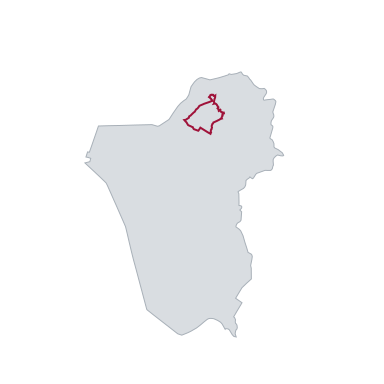 Al-Hatra, Ninawa, Iraq (highlighted), rotated 32°
{"feature_id": "34846034B76064773860715", "entity_name": "Al-Hatra", "entity_type": "district", "adm_level": 2, "iso_a3": "IRQ", "parent_name": "Iraq", "parent_adm1": "Ninawa", "projection": "equal_earth", "projection_center": [42.575, 35.589], "detail": "fine", "context": "in_parent", "style": "outline", "palette": "rose", "viewbox_px": 384, "rotation_deg": 32, "n_neighbors": 0, "source": "geoboundaries", "source_scale": "gbopen_adm2", "svg_char_len": 5942}
<svg xmlns="http://www.w3.org/2000/svg" viewBox="0 0 384 384"><g transform="rotate(32 192 192)"><path d="M160.8,72.1L163.0,71.5L167.1,67.9L169.5,64.5L170.3,64.2L172.4,65.3L173.9,65.6L177.5,64.3L179.6,65.0L181.3,65.8L182.3,65.9L187.1,68.0L188.2,68.3L190.7,68.5L194.3,68.6L196.7,67.3L198.3,65.9L199.5,66.0L200.6,66.3L201.6,66.8L202.4,67.8L202.8,69.2L202.7,73.8L203.0,75.0L203.7,75.8L204.5,76.0L205.5,75.0L207.2,73.6L209.3,72.0L210.9,70.6L211.8,70.0L213.2,70.1L214.6,70.4L215.4,71.1L215.4,71.3L216.2,73.4L218.1,81.3L219.2,82.3L220.4,83.2L221.3,84.4L221.7,85.6L221.6,87.4L221.6,89.6L222.2,91.2L222.9,92.5L223.5,93.1L224.5,93.1L225.7,93.4L226.5,94.7L229.1,103.8L229.4,105.0L230.4,105.3L232.1,105.2L233.9,106.1L235.9,107.6L237.7,110.4L238.9,110.8L242.7,110.4L247.8,110.9L250.3,112.3L250.0,113.2L248.2,114.2L244.9,115.3L244.0,117.3L243.5,119.8L243.6,121.3L244.4,122.8L246.8,126.0L246.9,127.1L247.4,128.7L247.8,129.8L247.4,131.9L245.3,133.3L242.5,134.9L237.0,141.9L236.7,143.4L236.7,147.6L236.2,148.7L234.4,148.7L233.1,148.5L233.0,150.0L232.1,151.9L231.7,153.6L233.8,157.6L234.1,159.7L233.8,161.6L232.0,164.9L230.9,167.2L231.2,167.7L232.6,168.6L237.4,175.9L238.9,178.5L240.8,177.8L241.6,177.8L242.1,178.3L242.5,179.1L242.5,180.2L242.1,181.9L244.6,182.5L245.5,184.2L248.5,189.9L248.4,191.6L247.0,194.4L247.0,196.2L247.4,197.8L247.8,198.3L252.1,198.6L254.0,199.2L258.5,202.1L263.6,206.7L267.9,210.3L271.5,213.5L275.3,213.3L276.3,213.8L277.3,214.8L278.5,217.4L280.7,223.3L282.6,225.2L285.6,229.9L288.4,234.3L286.7,240.3L285.1,246.6L285.2,254.7L285.3,259.0L289.0,259.2L293.1,259.4L293.2,264.6L293.3,269.8L293.5,275.8L294.7,276.0L296.6,277.3L297.5,279.2L298.5,280.3L299.8,280.5L301.0,281.4L302.3,283.1L302.7,284.5L302.4,285.3L302.7,286.9L303.6,289.2L304.7,290.2L306.3,291.5L304.1,292.3L301.8,291.7L296.7,289.1L295.1,289.0L293.0,290.0L292.9,290.9L287.6,288.0L285.6,287.4L285.0,287.3L281.9,287.3L277.6,287.9L275.1,289.1L273.4,290.3L272.6,291.6L272.3,292.2L271.0,295.9L269.5,300.6L267.9,304.9L264.7,310.9L263.0,313.6L259.2,318.8L255.1,319.8L245.5,318.8L234.8,317.7L224.2,316.6L216.3,315.7L215.7,315.4L207.9,308.1L201.7,302.3L194.0,295.1L186.1,287.7L178.1,280.3L172.4,274.8L165.4,267.9L159.0,261.5L154.0,256.6L147.6,252.2L142.6,248.8L135.3,243.8L129.5,239.9L124.5,236.5L116.8,231.3L114.3,229.8L106.3,228.1L98.8,226.6L91.0,225.1L85.8,224.1L89.3,220.4L88.3,217.1L85.8,217.7L83.5,218.5L82.2,213.3L83.9,212.7L82.4,205.9L80.8,199.0L79.3,192.4L77.7,185.6L84.3,181.2L89.3,177.9L96.2,173.4L102.8,169.0L109.1,164.8L116.1,160.2L122.3,156.1L128.0,154.5L129.2,153.2L131.8,147.6L134.0,142.8L134.1,141.7L134.2,134.9L134.6,127.0L135.3,122.8L136.6,119.0L137.8,116.3L137.9,113.8L137.8,111.2L136.6,107.3L135.4,103.2L135.6,99.3L135.8,97.2L136.6,93.9L137.9,91.4L139.4,89.9L144.7,88.3L147.8,87.4L152.1,83.1L154.6,80.5L158.1,76.5L160.6,73.5L160.8,72.5L160.8,72.1Z" fill="#d9dde1" stroke="#a8b0b8" stroke-width="1"/><path d="M147.3,135.0L148.9,135.5L149.7,135.7L150.2,135.8L150.7,136.0L152.2,136.8L153.2,137.3L153.3,137.3L153.6,137.3L156.2,136.9L157.6,136.8L157.9,136.7L158.2,136.6L158.3,136.7L160.1,137.7L160.5,137.7L161.7,137.4L164.0,136.9L164.7,136.8L164.9,136.7L164.9,136.1L165.0,135.2L165.0,134.1L165.0,133.0L166.5,133.0L166.9,133.0L167.1,133.0L167.5,133.0L168.6,133.0L169.0,133.0L169.9,133.0L170.3,133.0L170.7,133.0L173.4,133.0L173.8,133.0L176.8,132.9L176.7,132.5L176.7,132.1L176.6,131.4L176.0,131.2L175.8,130.5L175.4,129.9L175.2,129.5L175.2,129.1L175.3,128.7L175.3,128.3L175.2,128.1L175.0,127.8L174.9,127.7L174.9,126.9L174.7,126.6L174.0,126.0L173.7,125.6L173.6,125.2L173.5,124.8L173.5,124.4L173.4,124.2L173.2,123.8L173.3,123.5L173.3,123.3L173.4,123.1L173.5,122.8L173.3,121.7L173.9,120.9L174.6,119.8L175.6,118.3L176.1,117.4L176.7,116.5L176.9,116.2L176.9,116.3L177.3,115.1L177.7,114.7L177.9,114.5L178.2,114.1L178.4,113.9L178.2,113.8L177.8,113.8L177.7,113.8L177.6,113.1L177.6,112.7L177.6,112.4L177.6,112.2L177.6,111.9L177.5,111.5L177.5,111.3L177.4,111.3L177.2,111.2L177.2,110.8L177.1,110.5L176.9,110.3L176.6,110.0L176.6,109.8L176.6,109.5L176.8,109.4L177.0,109.2L177.5,108.5L177.5,108.4L177.2,108.1L176.8,107.8L176.6,108.0L176.4,108.2L176.2,108.6L176.0,108.8L175.7,108.7L175.4,108.5L175.2,108.5L175.1,108.4L174.9,108.5L174.2,108.6L173.8,108.6L173.7,108.6L173.4,108.4L173.1,108.3L173.0,108.2L172.8,107.8L172.6,107.5L172.6,107.3L172.3,107.2L172.2,107.4L172.2,107.5L172.1,107.8L172.0,108.1L171.9,108.6L171.7,109.0L171.4,108.7L171.0,108.2L170.7,107.8L170.4,107.8L170.0,107.7L169.3,107.5L169.4,106.9L169.4,106.3L169.4,106.1L169.0,106.0L168.5,105.7L168.2,105.6L167.5,105.3L167.1,105.1L166.9,104.9L166.7,104.8L166.3,104.7L166.0,104.7L165.8,104.7L165.7,104.6L165.4,104.6L165.0,104.6L164.9,104.6L164.6,104.9L164.2,105.1L163.8,105.5L163.8,105.3L163.7,105.2L163.7,104.9L163.5,104.6L163.4,104.4L163.2,104.2L162.9,103.9L162.7,103.8L162.2,102.2L161.9,101.4L161.8,101.1L161.7,100.8L161.7,100.3L161.5,99.6L161.4,99.3L161.0,98.6L160.8,98.3L160.7,98.1L160.6,98.4L160.4,98.5L160.2,98.5L159.9,98.5L159.7,98.9L159.6,99.0L159.4,99.0L159.3,98.9L159.2,98.8L159.0,98.7L158.9,98.7L158.7,98.7L158.4,98.4L158.2,98.5L157.8,98.7L157.7,98.8L157.4,98.9L157.2,99.0L156.8,99.3L156.7,99.4L156.7,99.6L156.8,99.8L156.7,100.0L156.3,100.1L156.2,100.3L156.3,100.5L156.5,100.6L156.5,100.8L156.4,101.1L156.3,101.4L156.2,101.9L156.1,102.3L156.1,102.5L156.4,102.5L156.6,102.5L157.1,102.6L157.6,102.6L158.0,102.7L158.2,102.8L158.6,102.9L158.8,102.9L159.3,103.2L159.8,103.3L160.3,103.5L160.7,104.2L160.5,104.4L159.3,106.1L158.1,107.6L157.2,108.7L156.4,109.7L155.5,110.8L154.8,111.9L154.0,113.0L153.1,114.3L152.6,115.1L152.6,116.3L152.5,117.5L152.4,118.1L152.2,118.8L152.0,119.1L151.8,119.6L151.7,119.9L151.8,122.5L151.6,123.0L151.3,123.6L151.2,124.0L151.1,124.5L150.7,126.0L150.6,126.4L150.5,127.0L150.3,127.7L150.3,127.9L150.1,128.3L149.8,128.8L149.5,129.4L150.0,130.7L149.7,131.3L149.3,132.2L148.9,133.0L148.5,133.9L148.1,134.7L147.6,134.9L147.4,134.9L147.3,135.0Z" fill="none" stroke="#9f1239" stroke-width="2"/></g></svg>